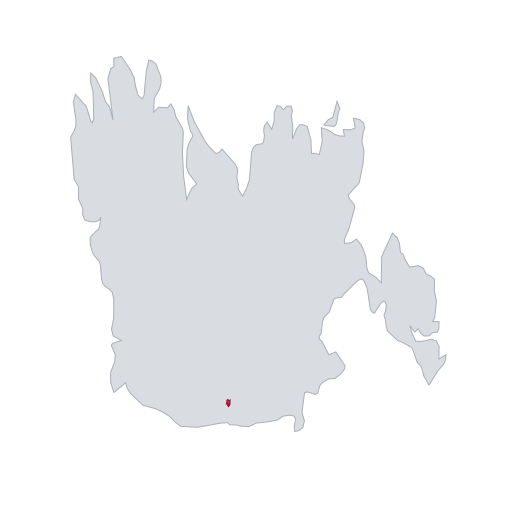 Palmerstown-Fonthill Lea-5, South Dublin, Ireland shown in context, rotated 98°
{"feature_id": "5873133B26300601338838", "entity_name": "Palmerstown-Fonthill Lea-5", "entity_type": "district", "adm_level": 2, "iso_a3": "IRL", "parent_name": "Ireland", "parent_adm1": "South Dublin", "projection": "robinson", "projection_center": [-6.384, 53.348], "detail": "fine", "context": "in_parent", "style": "filled", "palette": "rose", "viewbox_px": 512, "rotation_deg": 98, "n_neighbors": 0, "source": "geoboundaries", "source_scale": "gbopen_adm2", "svg_char_len": 4188}
<svg xmlns="http://www.w3.org/2000/svg" viewBox="0 0 512 512"><g transform="rotate(98 256 256)"><path d="M339.0,81.5L326.3,88.0L324.3,90.5L320.6,100.7L320.2,103.6L312.2,115.0L307.6,117.3L300.9,119.1L297.0,121.0L292.2,120.0L286.1,120.2L283.1,122.2L283.2,123.8L285.0,125.6L296.2,130.8L295.6,133.0L292.4,135.5L272.1,141.6L266.0,145.3L263.9,147.7L266.0,151.8L282.1,164.1L284.8,165.4L287.1,172.6L301.3,175.6L307.1,180.0L312.2,181.1L323.1,180.7L327.5,182.4L330.0,181.1L331.4,178.8L343.7,170.1L339.9,163.6L352.3,152.5L355.7,152.6L361.5,156.0L366.2,160.7L367.7,167.0L372.2,172.7L375.1,174.6L383.0,175.8L384.8,178.0L383.4,186.2L384.5,188.9L404.6,188.7L412.6,185.1L419.5,185.8L422.9,189.4L424.5,193.2L418.5,194.6L412.3,193.9L409.2,196.3L409.0,201.1L411.1,207.3L415.3,211.7L418.7,221.5L421.4,232.4L425.8,239.0L426.7,247.2L426.0,251.3L426.8,258.5L425.0,261.0L426.4,267.8L433.7,289.7L435.2,306.8L431.6,313.2L426.8,319.3L423.6,326.5L421.2,334.3L419.7,346.9L409.2,361.6L404.8,365.2L399.6,367.5L410.9,377.7L401.6,382.3L391.5,383.8L380.3,381.2L373.4,381.5L364.5,386.9L362.5,385.9L358.3,377.5L355.2,386.2L348.7,388.9L337.7,388.3L319.2,390.7L312.1,393.2L309.1,397.0L306.9,401.5L304.0,404.2L300.7,405.6L286.4,408.9L283.6,410.2L276.9,417.4L268.2,421.6L261.0,422.9L254.6,418.7L252.0,416.1L249.1,414.9L239.3,415.1L242.4,416.4L244.3,419.3L245.2,425.0L244.1,430.6L239.2,433.5L233.4,434.0L224.2,439.8L212.1,441.4L205.5,446.7L165.5,455.8L163.3,455.9L157.8,453.6L151.8,452.5L145.9,453.3L129.1,458.3L121.0,457.3L131.6,444.8L145.5,438.4L147.0,436.7L142.5,435.8L116.1,440.2L106.9,444.0L97.7,445.1L102.0,439.4L114.0,431.5L124.3,426.4L128.8,421.8L141.3,416.5L101.1,427.3L90.6,426.0L88.2,423.0L80.0,424.4L77.1,417.1L89.4,406.1L96.6,401.4L105.0,398.8L113.2,395.1L116.3,390.6L112.5,389.2L88.3,390.4L76.8,389.4L77.5,385.8L79.7,381.9L91.9,375.1L98.4,374.1L104.1,374.7L114.3,378.7L127.8,377.4L122.3,373.1L121.5,364.3L117.2,361.4L122.8,357.3L129.2,354.9L139.9,346.5L143.7,345.2L164.7,343.1L187.3,338.7L209.7,332.6L198.3,329.2L192.9,324.7L183.9,333.8L177.5,337.3L159.6,339.1L153.9,338.1L146.0,335.3L143.5,336.4L141.1,338.6L129.2,343.0L116.7,344.1L131.4,335.9L150.0,322.0L154.2,317.7L160.2,310.1L158.4,306.7L154.7,304.7L168.2,289.1L173.0,286.2L181.5,285.8L187.8,283.3L190.5,283.3L193.0,282.3L198.5,277.7L190.2,274.7L181.5,273.1L154.5,274.8L151.0,274.4L147.7,273.0L145.6,270.9L144.0,265.6L142.1,264.4L136.0,264.4L130.0,266.0L125.8,265.8L121.8,263.5L128.4,258.1L120.0,256.8L111.4,257.9L104.4,256.2L104.2,252.8L107.5,249.4L103.4,246.2L102.6,242.1L107.1,240.1L112.0,240.7L122.1,237.7L134.9,236.2L124.0,233.3L119.7,230.7L119.6,226.8L120.5,223.4L133.3,217.8L146.9,215.3L146.0,211.6L147.0,207.5L133.4,206.4L119.8,209.2L121.4,201.5L124.8,194.6L125.5,190.0L125.0,185.1L118.6,187.2L118.0,180.3L115.4,175.5L106.0,178.8L106.4,172.5L109.2,168.1L114.1,166.2L118.9,167.1L127.9,167.0L136.7,163.7L149.2,162.9L169.1,163.9L182.7,173.2L186.3,171.5L191.8,165.6L194.4,165.0L215.1,167.6L227.8,170.9L231.3,169.9L229.5,163.4L225.2,158.9L230.8,153.0L237.6,149.0L242.1,147.0L252.5,144.5L257.1,142.1L260.2,134.6L265.1,128.2L239.0,131.5L214.3,124.0L218.3,118.7L223.6,115.7L232.6,113.4L233.5,110.6L238.1,108.3L245.7,102.3L243.0,94.4L244.6,88.7L250.1,85.1L251.8,79.8L254.3,76.0L265.3,74.6L275.9,71.0L292.2,70.5L296.4,71.9L295.5,65.6L303.2,64.8L306.2,66.0L307.4,70.5L310.9,73.4L311.9,78.4L309.6,82.2L305.6,85.2L309.2,88.2L303.6,93.8L309.6,91.4L318.1,86.0L317.7,81.6L316.3,76.1L314.0,71.1L315.1,65.6L319.9,62.2L332.5,60.5L327.4,54.3L332.0,53.7L336.9,55.0L344.2,59.8L359.7,66.7L352.1,72.7L342.7,76.9L339.0,81.5ZM117.1,204.1L116.7,207.0L110.8,203.3L108.0,199.2L91.6,197.3L98.5,193.3L101.8,194.5L113.4,194.6L116.7,196.3L117.1,204.1Z" fill="#d9dde1" stroke="#a8b0b8" stroke-width="1"/><path d="M408.4,262.4L407.8,262.3L408.1,262.1L407.9,261.8L407.4,261.5L407.1,261.5L406.8,261.5L406.2,261.4L405.5,261.6L404.6,261.5L403.8,261.8L402.9,261.8L402.7,261.8L403.0,262.2L403.0,262.4L402.4,263.9L402.2,264.5L402.3,264.4L405.2,264.5L406.2,264.5L406.0,264.2L405.9,264.0L405.8,263.7L405.8,263.4L406.0,263.5L406.4,263.4L406.7,263.4L407.2,263.4L407.3,263.1L407.8,263.2L408.0,263.1L408.0,262.4L408.3,262.5L408.4,262.4Z" fill="#f43f5e" stroke="#9f1239" stroke-width="1.5"/></g></svg>